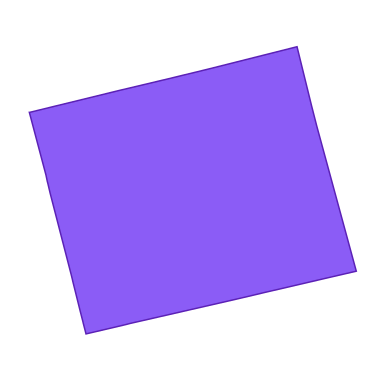 the district of Guilford, North Carolina, United States of America, rotated 344°
{"feature_id": "52423323B75500493210020", "entity_name": "Guilford", "entity_type": "district", "adm_level": 2, "iso_a3": "USA", "parent_name": "United States of America", "parent_adm1": "North Carolina", "projection": "natural_earth1", "projection_center": [-79.836, 36.079], "detail": "fine", "context": "isolated", "style": "filled", "palette": "violet", "viewbox_px": 384, "rotation_deg": 344, "n_neighbors": 0, "source": "geoboundaries", "source_scale": "gbopen_adm2", "svg_char_len": 552}
<svg xmlns="http://www.w3.org/2000/svg" viewBox="0 0 384 384"><g transform="rotate(344 192 192)"><path d="M328.1,313.4L330.1,163.6L330.1,163.1L330.6,145.9L330.7,142.2L333.0,81.3L240.9,78.3L214.1,77.2L213.9,77.2L196.7,76.5L195.2,76.4L149.5,74.3L58.0,70.7L57.6,70.6L56.3,135.3L55.8,142.2L55.8,143.8L55.7,145.8L55.3,154.2L53.1,238.0L52.9,243.4L52.8,244.4L51.7,275.4L51.5,282.4L51.4,286.3L51.3,288.0L51.0,299.2L91.9,301.2L96.3,301.3L98.0,301.4L206.5,307.3L234.0,308.6L297.0,311.8L328.1,313.4Z" fill="#8b5cf6" stroke="#5b21b6" stroke-width="1.5"/></g></svg>